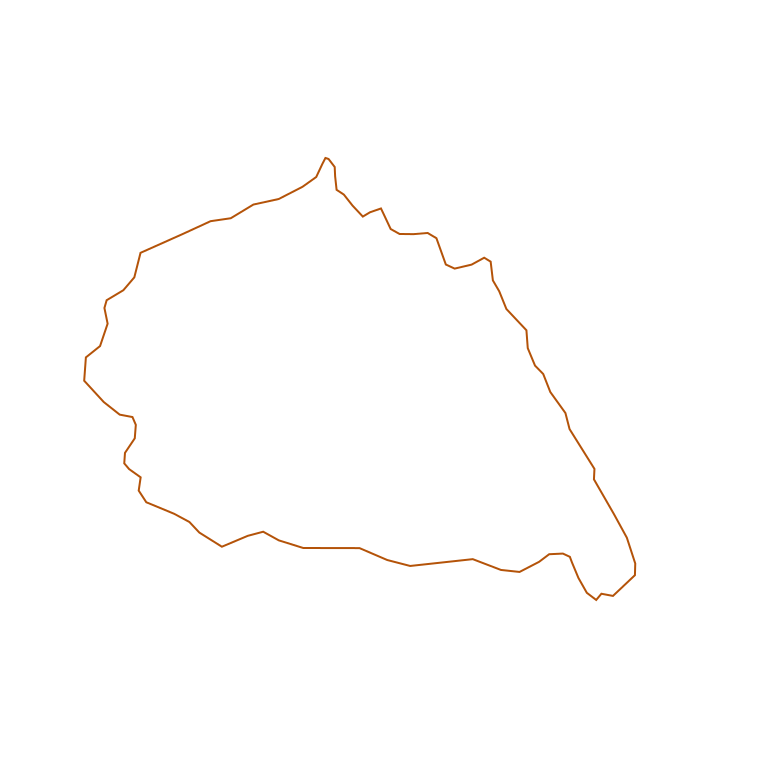 Vergara, Treinta y Tres, Uruguay (Natural Earth projection), rotated 16°
{"feature_id": "84410073B11484829939635", "entity_name": "Vergara", "entity_type": "district", "adm_level": 2, "iso_a3": "URY", "parent_name": "Uruguay", "parent_adm1": "Treinta y Tres", "projection": "natural_earth1", "projection_center": [-54.003, -32.979], "detail": "fine", "context": "isolated", "style": "outline", "palette": "amber", "viewbox_px": 768, "rotation_deg": 16, "n_neighbors": 0, "source": "geoboundaries", "source_scale": "gbopen_adm2", "svg_char_len": 1241}
<svg xmlns="http://www.w3.org/2000/svg" viewBox="0 0 768 768"><g transform="rotate(16 384 384)"><path d="M647.5,533.1L650.8,525.7L662.5,524.6L677.9,498.6L675.0,487.3L659.8,464.8L640.9,445.7L612.1,417.8L609.7,407.6L574.8,376.2L566.4,361.9L546.1,345.9L534.3,330.5L524.1,324.7L512.3,309.9L506.1,293.1L481.0,278.2L469.2,263.1L460.1,254.4L452.8,237.0L445.5,235.0L435.3,245.1L420.1,253.6L410.5,252.1L394.2,229.4L384.3,226.8L371.1,231.8L357.6,235.5L347.7,233.2L337.3,221.3L332.7,216.1L323.2,222.8L317.5,228.9L304.6,221.2L293.2,213.0L284.9,210.4L279.8,197.9L276.8,189.0L268.7,183.0L265.4,182.9L264.1,189.4L261.8,203.7L251.3,216.9L231.8,235.2L209.0,247.5L191.0,266.9L172.4,275.3L148.7,295.7L113.8,325.0L114.6,350.3L107.6,365.7L94.3,379.9L94.3,388.0L101.7,402.2L100.6,425.8L90.1,440.6L94.9,463.5L119.6,478.6L138.4,486.3L151.3,485.1L156.7,491.7L159.4,504.9L154.0,521.6L156.2,531.9L162.5,536.1L175.8,540.8L177.6,554.1L188.1,563.2L218.0,566.6L235.0,570.3L247.4,577.7L273.0,585.1L294.9,567.5L308.6,559.3L326.0,563.3L351.6,563.9L405.7,548.5L435.6,552.3L459.3,551.7L517.6,527.9L547.7,530.5L566.1,527.3L582.1,512.2L589.7,502.1L602.7,497.7L610.3,498.9L613.7,503.5L624.4,516.9L636.5,528.8L647.5,533.1Z" fill="none" stroke="#b45309" stroke-width="2"/></g></svg>